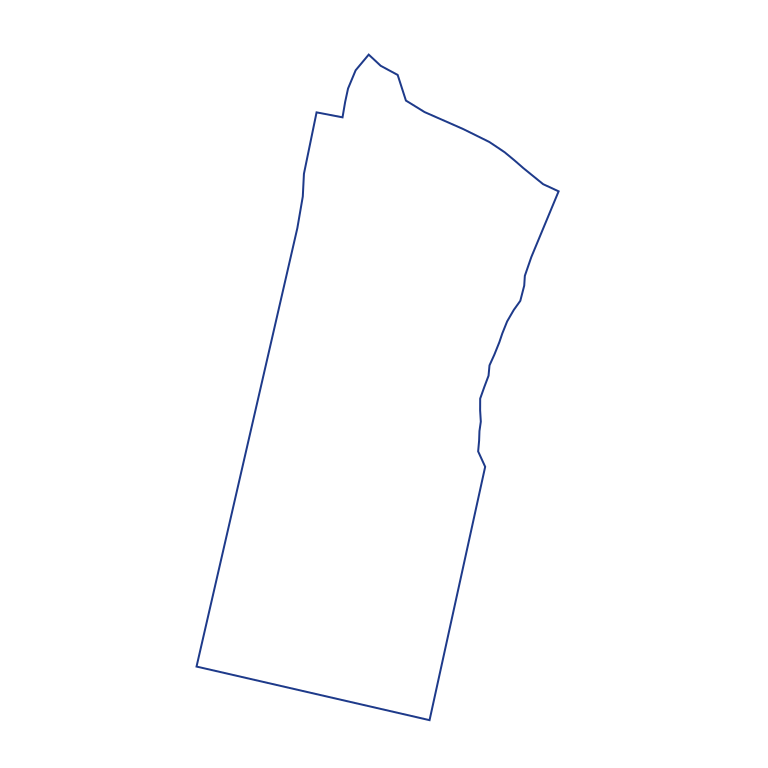 outline of Capital, Mendoza, Argentina, rotated 283°
{"feature_id": "61730980B70316540328463", "entity_name": "Capital", "entity_type": "district", "adm_level": 2, "iso_a3": "ARG", "parent_name": "Argentina", "parent_adm1": "Mendoza", "projection": "equal_earth", "projection_center": [-68.858, -32.881], "detail": "fine", "context": "isolated", "style": "outline", "palette": "blue", "viewbox_px": 768, "rotation_deg": 283, "n_neighbors": 0, "source": "geoboundaries", "source_scale": "gbopen_adm2", "svg_char_len": 668}
<svg xmlns="http://www.w3.org/2000/svg" viewBox="0 0 768 768"><g transform="rotate(283 384 384)"><path d="M688.2,327.8L693.3,309.2L701.5,295.0L683.3,285.8L663.8,282.5L650.1,282.7L634.5,283.6L633.5,257.2L570.8,258.7L548.4,262.7L516.4,264.5L66.5,264.9L66.7,504.0L326.1,501.2L339.5,490.9L350.3,489.4L359.6,487.6L369.1,486.8L379.9,483.6L391.4,481.0L403.6,482.4L415.6,484.0L425.9,482.6L437.3,484.9L450.7,487.0L459.9,487.9L472.7,489.9L485.4,493.8L495.7,498.1L511.4,498.5L521.1,496.9L540.9,499.0L611.0,510.8L614.5,494.1L625.6,471.4L631.4,460.5L637.0,449.3L643.5,432.2L650.2,403.9L658.1,362.3L665.1,341.6L688.2,327.8Z" fill="none" stroke="#1e3a8a" stroke-width="2"/></g></svg>